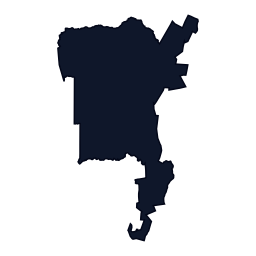 Soy, Rift Valley, Kenya
{"feature_id": "3690345B57881492347127", "entity_name": "Soy", "entity_type": "district", "adm_level": 2, "iso_a3": "KEN", "parent_name": "Kenya", "parent_adm1": "Rift Valley", "projection": "orthographic", "projection_center": [35.247, 0.733], "detail": "fine", "context": "isolated", "style": "filled", "palette": "ink", "viewbox_px": 256, "rotation_deg": 0, "n_neighbors": 0, "source": "geoboundaries", "source_scale": "gbopen_adm2", "svg_char_len": 5733}
<svg xmlns="http://www.w3.org/2000/svg" viewBox="0 0 256 256"><path d="M58.0,42.4L58.1,43.4L58.9,44.0L58.7,44.6L58.9,45.2L59.7,45.7L59.7,46.1L60.1,46.3L59.5,47.0L58.8,48.0L58.4,47.9L57.9,48.2L59.3,64.9L64.1,81.4L64.3,79.3L64.1,78.7L64.2,78.2L64.4,77.7L64.5,77.1L65.6,77.1L66.0,76.8L66.1,76.3L67.4,75.9L69.2,76.4L69.6,76.2L70.7,76.3L71.3,76.5L71.7,76.5L72.1,76.8L72.5,77.0L73.0,77.0L73.6,76.9L74.5,77.5L74.3,123.8L75.5,123.9L76.1,123.5L76.6,123.6L77.5,123.9L78.1,123.7L79.1,123.4L79.7,123.4L80.1,123.6L80.0,145.0L80.0,153.4L79.9,158.3L79.1,159.3L78.7,160.8L78.1,161.8L79.0,163.3L79.7,163.9L80.3,163.5L80.6,163.0L81.6,162.4L82.1,161.3L83.0,161.2L83.8,160.7L84.3,160.8L85.1,160.1L85.7,160.4L86.2,160.2L86.5,159.7L88.3,158.6L88.7,158.8L89.3,158.8L89.7,158.5L90.1,158.5L91.4,159.3L92.0,159.5L92.7,159.4L93.8,158.3L95.2,158.0L95.8,158.2L95.9,158.8L96.3,159.3L96.8,159.3L97.5,159.1L98.3,158.6L98.8,158.7L99.6,159.3L99.8,159.9L100.2,159.9L100.7,160.2L102.2,160.0L103.7,160.1L104.1,159.7L104.5,159.0L105.0,158.8L106.2,158.7L107.2,158.5L108.1,159.2L108.8,159.3L110.0,159.0L110.5,159.1L111.4,159.4L112.8,160.1L113.2,159.9L113.7,158.7L114.0,158.4L114.5,158.7L114.8,159.1L115.2,159.3L115.9,160.1L116.4,160.1L116.8,159.7L117.3,160.0L117.7,159.7L117.9,159.2L118.2,159.6L118.3,160.2L118.9,160.3L119.6,159.8L120.1,159.3L121.0,158.9L122.0,158.6L123.1,158.2L123.8,157.3L124.7,157.0L125.1,156.7L125.2,156.2L125.2,155.2L125.0,154.6L125.4,154.1L125.6,153.4L126.0,153.2L126.5,153.1L126.9,152.9L128.0,152.7L129.1,154.1L129.6,154.4L130.5,154.5L130.6,155.0L130.9,155.6L131.4,155.8L132.0,155.8L134.0,155.3L134.5,155.4L135.1,155.8L135.3,156.2L136.7,157.1L137.6,158.0L137.6,160.5L138.3,160.9L138.8,161.0L139.2,160.6L139.4,160.0L139.8,159.7L140.3,159.5L140.6,159.9L141.4,161.2L142.1,161.8L141.9,162.4L141.6,162.8L141.6,163.2L141.9,163.7L142.7,164.5L143.2,164.7L143.9,164.5L144.4,164.1L145.0,163.3L145.3,165.9L145.5,166.3L145.8,170.4L146.0,177.5L144.8,178.2L139.4,179.1L137.4,179.3L136.0,179.7L135.6,179.7L135.1,180.0L135.5,180.8L135.7,181.5L135.5,183.1L136.0,183.5L138.4,183.7L138.8,184.0L139.1,185.7L139.2,189.9L138.7,193.6L138.7,196.8L139.2,202.5L136.9,203.3L136.7,207.6L141.9,211.6L141.2,213.0L140.7,219.7L144.4,220.0L140.9,229.7L137.8,230.5L137.6,229.4L136.6,229.4L136.2,231.2L135.7,231.1L135.3,231.2L135.0,231.7L132.2,231.9L131.6,231.7L131.1,231.3L131.0,230.8L131.1,230.1L131.8,227.4L131.7,225.5L131.4,224.8L130.4,223.8L128.0,230.4L128.4,230.9L130.3,236.2L131.9,238.3L132.5,238.9L133.1,239.1L136.0,238.5L136.5,238.5L144.1,240.6L144.3,240.1L145.3,235.9L146.8,234.1L147.4,232.5L148.6,230.8L150.6,223.8L151.4,221.5L146.0,214.8L155.4,210.8L153.3,205.6L164.5,204.0L164.1,203.1L163.8,202.0L163.6,199.2L163.7,197.9L163.8,197.2L164.5,195.7L165.1,193.5L165.8,192.6L166.4,190.8L166.8,189.1L167.3,188.0L167.5,187.3L167.4,186.2L167.4,185.5L168.1,184.0L169.1,182.8L169.9,181.3L171.6,179.7L173.1,178.5L173.4,178.1L173.6,177.6L173.7,175.2L173.4,174.7L172.6,173.8L172.4,173.1L172.4,171.4L172.1,169.4L171.8,169.0L171.8,168.6L172.7,167.9L173.1,166.6L173.1,165.7L172.7,164.9L171.4,163.2L170.8,161.5L170.5,161.2L170.0,161.3L169.1,161.7L167.9,161.7L166.5,160.9L166.0,160.9L165.4,161.2L165.0,161.7L163.8,162.1L163.5,163.0L163.0,163.3L162.1,163.2L161.6,163.0L158.3,161.2L158.4,160.5L159.6,157.8L161.0,152.8L161.5,150.7L161.5,150.0L160.8,145.6L159.9,143.9L157.7,138.2L156.5,128.8L158.1,115.7L155.6,115.5L155.1,113.3L153.9,109.3L153.6,103.0L154.6,104.0L155.9,102.2L163.2,90.3L164.1,87.5L169.0,87.7L169.0,90.0L180.2,88.0L185.7,86.7L179.9,75.9L183.2,75.0L185.8,75.1L186.8,70.4L187.8,64.9L175.6,64.1L176.5,59.4L174.9,57.0L182.4,51.4L183.1,46.6L184.4,41.1L185.0,42.6L187.8,41.4L192.5,31.4L195.4,33.0L196.5,31.7L197.2,30.6L197.3,30.1L197.4,28.9L197.1,27.2L197.1,26.5L197.0,26.0L197.1,25.4L196.9,24.9L197.3,24.0L197.3,23.0L198.1,21.3L197.7,19.4L194.4,18.1L190.7,16.3L188.2,15.4L185.1,21.6L182.5,27.9L174.9,23.9L172.4,21.2L170.7,24.5L160.6,42.0L159.4,43.8L159.0,43.1L158.6,42.9L158.2,42.5L158.1,41.5L157.8,41.0L158.1,40.4L157.3,39.8L156.8,40.1L156.5,39.7L156.0,39.8L155.7,39.2L155.7,38.8L155.3,38.1L154.8,37.9L154.4,37.0L154.7,36.5L154.5,36.1L154.1,35.8L154.2,35.0L153.6,35.0L153.1,33.9L153.3,33.4L152.8,32.7L152.7,32.0L153.2,31.7L152.9,31.2L150.5,29.5L150.2,29.1L148.4,28.2L147.8,28.5L146.8,27.9L146.2,28.1L145.6,28.0L145.2,27.7L145.0,27.3L144.8,26.3L144.1,26.1L143.5,25.6L142.4,23.9L142.0,23.2L141.6,21.3L140.8,20.1L140.2,20.3L136.6,20.1L136.0,19.7L135.9,19.2L135.6,18.8L135.1,18.8L134.6,19.0L134.0,18.2L132.9,17.9L132.3,17.9L131.4,17.4L130.5,17.6L130.4,18.0L130.0,18.3L128.7,18.5L128.3,18.7L128.1,19.9L127.2,20.3L127.4,20.9L127.0,21.4L126.4,21.4L124.7,21.8L124.2,21.8L122.2,23.1L121.9,24.3L121.6,24.9L120.5,25.7L119.0,27.2L118.1,27.8L116.7,27.9L115.5,28.5L115.1,28.3L113.8,28.5L113.0,28.2L112.1,27.5L110.6,27.6L110.1,27.8L109.3,27.6L109.0,27.3L107.9,26.9L106.6,26.7L106.1,26.9L104.2,27.1L103.7,26.9L103.2,27.0L102.7,26.8L102.5,26.4L102.0,26.1L101.8,25.7L101.3,25.7L100.8,25.3L100.3,25.3L99.8,25.4L99.3,25.5L98.7,25.2L97.1,25.9L96.6,25.7L96.1,25.7L94.9,26.1L94.4,26.4L93.8,27.3L93.0,26.9L92.5,27.0L92.1,27.3L90.5,28.1L89.9,28.0L89.2,28.3L88.5,28.2L86.8,27.1L85.8,26.9L84.5,27.5L84.1,28.0L83.3,28.0L81.9,28.4L81.3,28.3L80.8,28.6L80.8,29.0L79.9,29.4L79.4,29.4L78.5,28.7L77.4,29.0L76.1,29.2L75.7,29.1L75.2,29.3L74.0,29.3L73.5,29.1L73.2,28.4L72.1,27.8L71.6,28.0L71.1,28.4L70.3,28.6L69.1,28.8L68.5,28.8L68.0,28.5L67.2,28.3L65.7,28.3L65.3,29.0L65.8,29.8L65.4,30.3L65.4,31.4L65.1,31.8L63.9,32.1L63.5,32.3L63.0,32.8L62.2,32.6L61.6,32.8L61.8,33.3L61.8,33.9L61.3,33.8L60.9,34.2L60.8,34.6L60.5,34.9L59.5,35.3L59.4,35.9L59.7,36.9L59.7,37.3L60.1,37.5L59.8,37.9L59.9,38.4L59.8,38.9L59.9,39.5L59.4,39.6L58.9,40.2L58.5,41.1L58.6,41.7L58.0,42.4Z" fill="#0f172a" stroke="#020617" stroke-width="1.5"/></svg>